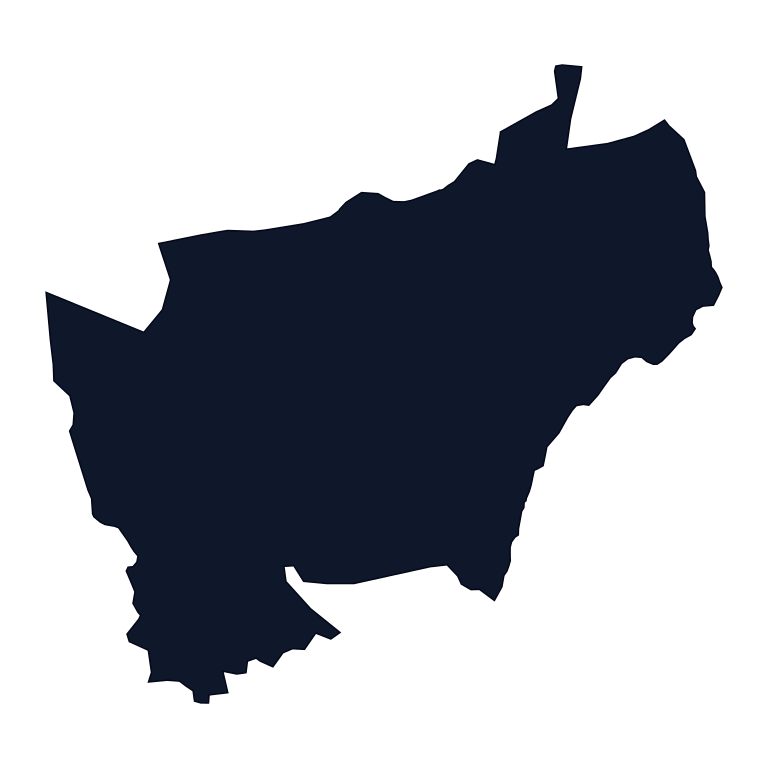 Karaye, Kano, Nigeria
{"feature_id": "59680162B44599338364171", "entity_name": "Karaye", "entity_type": "district", "adm_level": 2, "iso_a3": "NGA", "parent_name": "Nigeria", "parent_adm1": "Kano", "projection": "robinson", "projection_center": [8.014, 11.761], "detail": "fine", "context": "isolated", "style": "filled", "palette": "ink", "viewbox_px": 768, "rotation_deg": 0, "n_neighbors": 0, "source": "geoboundaries", "source_scale": "gbopen_adm2", "svg_char_len": 2463}
<svg xmlns="http://www.w3.org/2000/svg" viewBox="0 0 768 768"><path d="M562.2,65.0L555.8,66.1L554.6,71.3L558.4,98.5L551.7,105.0L536.3,111.9L500.4,132.0L500.5,132.3L496.4,158.5L494.8,164.7L477.4,159.9L469.0,163.8L454.5,181.7L448.2,185.5L443.1,189.5L440.7,190.2L439.2,190.1L437.8,190.9L411.8,200.3L404.3,201.9L393.2,201.6L385.0,197.6L378.1,193.7L361.5,192.6L346.1,202.4L339.7,209.2L338.8,210.8L330.2,217.2L303.8,223.8L264.3,230.2L253.3,231.4L227.7,230.5L222.5,231.3L201.6,234.9L158.7,243.5L159.5,246.1L170.6,279.9L162.4,309.8L143.8,332.4L46.1,292.4L50.4,340.0L53.3,364.7L53.9,380.8L69.9,395.8L74.1,412.9L73.2,424.9L69.6,431.0L73.5,443.6L77.5,456.4L88.0,490.0L91.6,498.5L92.6,513.9L93.9,516.8L100.3,522.1L105.0,524.5L114.5,526.2L118.6,527.7L127.9,541.0L131.0,546.6L134.2,551.5L138.0,556.0L136.9,562.1L133.0,566.7L128.1,567.2L126.3,571.0L130.8,581.6L135.0,591.8L133.0,603.4L138.0,612.3L140.6,615.3L138.7,619.3L127.0,634.1L129.3,641.6L148.3,650.2L151.5,672.5L148.5,682.0L167.1,680.2L179.5,681.1L186.2,686.2L193.1,690.8L194.5,701.1L200.8,702.9L208.5,703.0L209.1,694.9L227.8,692.7L222.8,671.2L236.8,674.0L246.0,672.7L247.4,661.2L256.1,658.1L260.3,661.2L272.9,666.8L282.9,652.8L292.4,648.7L304.5,649.3L315.7,633.1L330.8,639.0L340.0,632.5L310.6,608.8L286.0,581.6L283.9,566.3L293.8,565.7L303.6,581.3L326.8,583.5L354.0,583.5L430.1,566.7L447.1,564.8L457.7,576.0L461.4,584.1L470.9,589.6L479.5,589.4L494.4,600.5L501.9,586.8L503.9,575.5L507.0,571.0L508.7,566.2L510.3,560.7L510.1,556.9L510.1,552.4L510.1,547.5L511.5,542.0L514.8,537.3L518.3,534.9L518.5,528.6L520.3,518.9L521.6,511.4L523.9,507.6L524.1,502.4L526.0,500.7L526.3,498.4L529.3,491.4L531.0,485.5L531.8,481.8L532.6,477.8L534.2,470.3L537.4,468.9L543.1,465.7L545.3,455.0L546.8,446.9L558.9,432.9L567.6,417.3L572.3,410.2L576.3,405.6L583.4,404.4L588.8,405.2L597.8,395.2L603.6,386.9L610.3,377.6L615.5,372.9L621.5,363.4L627.8,358.7L634.9,356.8L641.8,357.3L646.7,361.5L653.3,364.3L657.1,364.2L662.0,361.0L669.5,353.3L678.6,343.0L684.4,338.4L691.2,334.6L695.2,328.7L693.2,326.3L692.1,322.9L692.5,317.0L695.8,309.7L702.9,306.1L713.5,305.2L718.6,295.2L721.9,287.4L719.5,282.0L718.0,277.4L715.9,273.2L713.7,269.9L711.3,267.1L711.0,261.3L709.5,255.2L708.1,250.1L708.9,245.7L708.1,239.5L707.7,232.8L704.9,216.4L704.5,192.4L696.3,176.6L695.5,170.6L683.9,139.6L669.0,125.9L664.5,120.1L648.6,129.8L634.0,136.4L607.6,143.6L566.3,149.2L570.6,118.8L580.4,78.6L581.7,66.8L562.2,65.0Z" fill="#0f172a" stroke="#020617" stroke-width="1.5"/></svg>